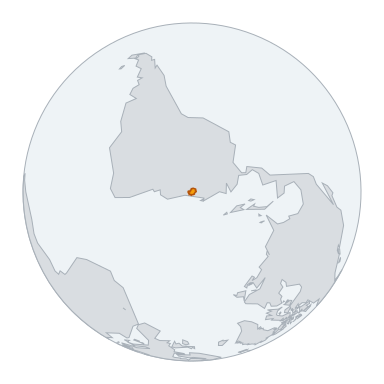 globe centered on Cuyuni-Mazaruni, rotated 151°
{"feature_id": "GUY-676", "entity_name": "Cuyuni-Mazaruni", "entity_type": "Region", "adm_level": 1, "iso_a3": "GUY", "parent_name": "Guyana", "parent_adm1": "", "projection": "orthographic", "projection_center": [-59.812, 6.174], "detail": "fine", "context": "on_globe", "style": "filled", "palette": "amber", "viewbox_px": 384, "rotation_deg": 151, "n_neighbors": 0, "source": "natural_earth", "source_scale": "10m", "svg_char_len": 9002}
<svg xmlns="http://www.w3.org/2000/svg" viewBox="0 0 384 384"><g transform="rotate(151 192 192)"><circle cx="192" cy="192" r="169" fill="#eef3f6" stroke="#a8b0b8"/><path d="M101.0,49.6L102.3,48.9L105.5,47.0L105.9,46.7L117.9,40.2L118.7,39.8L121.3,38.5L121.5,38.5L125.3,36.8L125.1,36.9L130.1,34.8L133.0,33.7L138.4,32.1L132.8,36.8L139.5,35.9L142.9,41.5L146.0,39.9L149.3,41.8L154.1,40.9L153.4,42.7L157.9,40.5L157.6,39.0L159.5,37.7L162.4,37.2L161.9,39.2L160.4,39.8L161.8,40.1L160.3,41.5L162.6,40.5L161.7,43.4L166.8,39.9L169.6,41.7L167.8,43.8L162.6,44.4L145.5,52.5L142.2,55.8L142.7,59.3L155.1,63.7L153.6,67.4L155.6,71.8L158.9,69.1L158.6,64.8L165.2,61.5L163.9,57.2L166.4,55.4L167.4,51.3L173.1,51.2L178.1,53.7L177.7,57.3L179.9,58.7L185.0,55.0L188.8,62.3L199.1,68.2L199.5,70.5L191.6,74.5L179.6,74.4L169.4,81.7L181.9,76.6L182.5,83.2L185.1,84.4L188.5,84.0L190.6,81.5L192.0,84.0L180.2,89.4L178.7,87.2L182.4,85.4L176.8,85.6L168.8,90.3L169.7,93.8L156.7,98.7L157.2,101.4L154.6,104.3L154.7,99.5L154.3,108.6L139.1,118.8L138.3,135.9L132.7,122.6L126.8,121.0L119.4,121.2L119.1,124.0L109.9,121.8L100.5,127.5L95.7,141.1L97.8,151.7L108.2,152.3L112.0,146.4L120.1,145.3L112.9,161.3L126.7,163.8L124.6,175.9L128.4,182.3L135.7,180.8L143.1,183.9L148.8,176.9L157.9,173.2L157.6,183.1L162.9,174.1L167.8,178.9L186.0,178.6L184.5,180.9L199.8,192.6L216.9,197.6L220.9,204.8L218.8,209.3L224.8,210.5L224.9,213.4L249.3,217.5L262.0,224.4L261.7,234.6L251.4,246.5L242.7,270.7L224.3,278.8L220.1,288.3L206.6,301.8L195.4,300.8L199.1,307.4L193.3,311.3L186.2,311.5L185.5,316.0L180.2,316.0L184.1,319.0L176.6,324.5L179.9,329.2L174.7,333.4L177.0,336.0L174.7,335.9L172.5,336.7L172.6,338.1L165.0,335.6L161.6,329.7L163.5,326.8L160.4,326.1L164.1,318.3L161.1,319.9L159.9,307.5L163.3,297.1L163.4,265.6L159.4,259.1L146.4,251.4L130.6,226.8L134.4,216.9L131.1,212.0L141.8,198.0L139.3,184.8L135.6,182.8L131.7,187.7L119.4,179.1L115.6,169.0L81.2,151.8L78.4,146.6L79.5,138.6L74.4,112.3L73.7,136.7L70.5,131.8L69.1,123.0L71.4,121.0L72.6,108.6L70.6,103.9L75.6,89.3L90.0,71.9L89.7,74.6L93.2,70.6L93.8,67.3L93.3,66.1L106.1,52.0L109.9,45.7L105.4,47.5L110.8,44.6L98.6,51.2L98.4,51.3L101.0,49.6ZM136.8,141.7L152.7,150.3L143.0,151.2L145.0,149.7L141.1,146.2L133.6,142.9L125.3,144.6L136.8,141.7ZM145.3,132.3L142.5,131.6L145.3,131.6L145.3,132.3ZM92.5,66.1L93.4,67.5L91.7,71.5L90.5,70.5L92.5,66.1ZM96.5,59.4L97.9,59.2L93.8,62.9L94.3,61.8L96.5,59.4ZM101.4,49.6L101.5,49.8L100.3,50.3L101.4,49.6ZM164.2,51.6L165.7,51.5L164.7,52.3L164.2,51.6ZM163.1,50.1L160.8,51.3L160.0,50.7L161.4,50.0L163.1,50.1ZM166.1,48.9L158.8,49.7L157.3,48.8L161.5,45.6L166.1,48.9ZM156.3,38.8L156.7,40.3L153.8,39.7L156.3,38.8ZM154.0,38.8L142.3,39.6L143.2,37.5L146.9,37.5L145.9,35.6L152.1,34.1L154.0,34.8L152.2,36.4L156.0,34.7L154.0,38.8ZM160.1,37.1L157.6,37.3L158.2,35.5L163.2,34.8L161.4,35.5L160.1,37.1ZM142.6,35.9L143.9,34.7L149.3,33.0L150.5,32.4L152.3,33.9L142.6,35.9ZM162.7,35.7L165.7,34.5L168.0,35.0L162.5,36.8L162.7,35.7ZM156.2,35.3L156.7,34.5L158.1,34.7L156.2,35.3ZM177.9,36.7L174.9,36.6L175.0,35.5L177.9,36.7ZM166.7,34.0L165.9,33.9L165.6,33.6L168.0,33.0L166.7,34.0ZM156.0,32.8L157.9,32.5L155.5,32.0L159.4,31.1L159.9,32.4L161.3,31.4L162.5,31.1L161.6,32.6L156.0,32.8ZM169.4,31.4L171.4,33.2L176.8,33.4L177.0,34.2L168.2,33.9L169.4,31.4ZM164.9,31.9L167.7,31.8L166.4,32.7L163.7,33.4L164.9,31.9ZM161.9,30.1L155.8,31.2L155.9,30.9L161.9,30.1ZM171.3,31.3L170.8,30.9L171.8,31.1L171.3,31.3ZM165.1,30.1L162.9,30.5L163.1,30.1L165.1,30.1ZM171.6,29.9L172.2,30.4L170.4,30.8L171.6,29.9ZM168.8,29.8L169.6,29.3L169.3,30.7L167.8,30.0L168.8,29.8ZM165.6,29.7L165.0,29.7L166.5,29.6L165.6,29.7ZM178.2,28.3L178.3,29.9L174.2,30.7L174.7,29.0L178.2,28.3ZM178.2,340.8L165.8,336.5L172.6,338.5L176.3,336.4L183.1,339.6L178.2,340.8ZM189.5,335.3L194.3,334.1L195.8,334.8L192.7,335.9L189.5,335.3ZM327.0,90.5L327.4,92.4L322.1,86.2L317.3,78.8L317.1,78.4L327.0,90.5ZM307.0,68.3L308.4,69.6L310.6,71.6L312.5,73.7L310.7,72.0L309.0,70.3L308.1,69.9L316.3,78.9L319.4,82.0L319.8,85.3L325.0,90.9L326.8,94.3L318.7,86.1L315.9,82.7L304.7,75.4L307.7,79.1L318.4,86.5L317.1,86.2L321.2,92.1L317.1,87.5L304.5,79.3L301.9,83.3L306.5,99.5L303.3,101.9L296.9,100.4L287.2,85.8L295.5,82.1L292.2,77.7L283.6,72.7L286.9,72.2L284.4,70.0L286.9,68.7L283.6,62.4L285.1,61.0L277.3,54.6L277.0,53.2L281.7,57.2L285.7,59.6L288.6,57.3L287.3,55.7L282.0,51.9L283.4,52.1L277.9,48.8L276.4,46.7L273.6,46.9L267.3,43.3L262.9,40.3L260.3,39.3L267.6,44.4L270.9,46.6L274.6,48.2L283.3,55.1L283.7,56.9L272.7,50.4L272.1,52.6L263.8,47.4L249.2,35.5L246.5,33.2L255.6,35.5L260.0,37.5L258.9,37.4L265.9,40.3L262.5,38.7L263.7,39.1L258.0,36.5L258.6,36.7L252.1,34.1L264.1,39.2L275.7,45.2L286.7,52.1L297.2,59.8L307.0,68.3ZM340.6,111.6L338.4,107.8L340.8,112.0L346.2,123.0L350.8,134.4L354.6,146.0L357.5,157.9L359.5,170.0L360.7,182.1L360.9,194.4L360.3,206.6L358.8,218.7L356.5,230.7L353.2,242.5L349.1,254.1L344.2,265.3L338.5,276.1L332.1,286.5L331.8,287.0L328.9,289.3L332.7,283.4L337.3,272.7L345.4,245.7L350.4,232.1L351.8,222.2L349.3,201.9L350.1,189.3L348.5,184.7L345.6,187.0L343.1,181.5L341.0,182.0L324.5,190.4L316.9,184.0L301.7,162.3L302.9,152.3L298.6,141.7L302.8,102.5L308.7,103.2L317.7,95.2L319.7,95.9L324.1,103.7L335.2,110.4L332.3,103.2L337.0,106.2L336.6,104.6L335.7,103.1L340.6,111.6ZM307.2,121.0L308.5,124.1L307.2,121.0ZM186.6,178.5L188.7,180.4L185.8,180.4L186.6,178.5ZM141.4,155.2L144.9,155.5L146.6,157.0L143.9,157.4L141.4,155.2ZM171.7,155.7L175.8,156.6L171.4,157.4L171.7,155.7ZM155.2,151.4L168.3,155.4L159.6,158.2L151.4,155.8L157.3,155.0L155.2,151.4ZM143.0,137.8L145.1,138.5L144.3,140.3L143.0,137.8ZM147.4,132.3L146.5,132.5L145.6,131.0L147.4,132.3ZM183.2,82.9L184.2,82.5L187.5,82.8L185.7,83.8L183.2,82.9ZM203.7,78.1L205.6,82.2L203.0,79.8L200.9,81.8L192.8,79.5L199.2,71.5L197.7,75.4L203.7,78.1ZM183.7,75.1L188.2,76.9L183.1,75.2L183.7,75.1ZM268.4,60.5L271.4,61.3L273.7,64.0L271.8,67.2L268.4,63.2L268.4,60.5ZM275.2,62.0L264.8,55.5L265.6,53.7L266.9,55.7L268.5,55.2L271.0,58.4L281.9,63.6L284.7,66.4L279.6,69.9L279.7,66.9L276.7,66.1L275.2,62.0ZM237.0,46.7L232.5,45.1L240.0,43.1L243.3,44.9L241.6,47.8L236.7,47.4L237.0,46.7ZM174.8,43.6L172.6,44.0L172.7,43.3L174.7,42.4L174.8,43.6ZM176.5,36.7L184.5,41.4L182.4,42.0L189.6,44.7L186.9,47.4L182.3,45.5L185.6,49.9L180.3,49.3L183.2,52.3L173.3,47.7L168.7,47.7L174.8,46.5L177.5,43.9L177.3,42.8L173.2,39.8L164.6,39.1L165.9,36.8L169.1,35.4L171.3,35.2L169.8,36.7L173.9,35.4L173.4,37.4L176.5,36.7ZM205.5,27.2L202.7,27.8L210.9,27.8L210.4,28.9L211.4,28.8L213.2,30.0L217.1,31.4L216.1,31.9L218.1,32.3L219.3,33.2L221.7,34.0L220.7,35.3L223.5,36.5L221.4,36.5L226.5,38.2L222.3,37.5L223.5,39.1L226.9,38.9L216.0,46.3L214.7,50.7L215.8,55.1L208.5,54.0L202.7,49.5L198.7,44.2L201.0,40.4L197.3,40.9L197.3,39.3L200.2,39.6L195.7,38.3L196.5,37.1L192.9,33.9L185.8,33.3L184.4,32.3L187.5,32.0L183.8,31.3L188.8,30.2L187.9,29.6L191.8,28.2L198.5,28.3L196.9,27.7L199.8,26.9L205.5,27.2ZM179.5,27.9L187.5,27.3L191.2,27.7L182.8,30.1L183.0,30.9L177.7,32.9L172.4,32.4L174.4,31.8L175.1,31.1L176.5,31.5L175.9,30.7L178.7,30.0L179.0,29.2L181.5,29.1L179.5,27.9ZM318.7,92.6L319.6,92.6L320.4,91.7L322.9,95.6L318.7,92.6ZM310.3,87.1L310.7,86.2L314.7,90.8L313.7,91.1L310.3,87.1ZM307.5,82.1L310.4,85.8L308.2,84.0L307.5,82.1ZM281.7,56.5L281.7,55.7L283.0,56.5L284.6,58.0L281.7,56.5ZM229.6,29.4L227.4,29.2L226.6,28.9L220.6,27.9L220.4,27.3L224.0,27.7L229.6,29.4ZM328.9,92.9L331.0,96.0L330.1,94.9L329.6,94.0L328.9,92.9ZM328.3,95.6L330.1,96.7L329.0,96.7L328.3,95.6ZM228.4,28.6L225.9,28.1L227.4,28.1L228.4,28.6ZM220.0,26.8L221.1,26.7L219.7,27.1L220.0,26.8ZM217.4,25.2L220.0,25.6L218.7,25.5L217.4,25.2Z" fill="#d9dde1" stroke="#a8b0b8" stroke-width="1"/><path d="M190.9,194.8L190.9,194.7L190.7,194.7L190.5,194.9L190.4,194.9L190.2,194.9L189.8,194.9L189.7,194.9L189.4,194.8L189.0,194.6L188.8,194.4L188.6,194.1L188.4,193.9L188.2,193.6L187.9,193.4L187.7,193.1L187.5,192.9L187.4,192.8L187.4,192.7L187.5,192.6L187.7,192.3L187.7,192.2L187.8,192.2L188.0,192.1L188.2,191.9L188.2,191.7L188.1,191.4L188.1,191.2L187.9,190.9L188.0,190.6L188.1,190.4L188.3,190.4L188.5,190.4L188.8,190.3L188.8,190.2L189.0,190.2L189.3,190.3L189.4,190.2L189.5,190.1L189.8,190.0L190.2,189.7L190.3,189.7L190.5,189.5L190.5,189.4L190.6,189.2L190.4,189.1L190.5,189.1L190.8,189.2L190.8,189.3L191.0,189.3L191.3,189.3L191.3,189.2L191.5,189.3L191.6,189.2L191.8,189.0L192.4,189.2L192.7,189.3L193.0,189.6L193.3,189.7L193.5,189.7L193.8,189.5L193.9,189.9L193.9,190.0L194.0,190.0L194.3,190.1L194.5,190.0L194.6,190.3L194.8,190.3L194.8,190.2L194.8,190.3L194.9,190.5L194.9,190.8L195.0,190.9L195.2,191.0L195.3,191.1L195.5,191.1L195.3,191.4L195.5,191.3L195.6,191.5L195.6,191.8L195.6,192.3L195.6,192.5L195.6,192.8L195.5,193.0L195.5,193.4L195.5,193.6L195.5,193.9L195.4,194.0L195.2,194.2L194.8,194.2L194.7,194.1L194.4,193.9L194.2,193.9L194.2,194.0L194.1,193.9L194.1,193.7L193.9,193.6L193.8,193.4L193.7,193.4L193.5,193.5L193.4,193.6L193.2,193.7L192.9,193.7L192.8,193.8L192.7,193.8L192.7,194.0L192.7,194.3L192.2,194.3L191.9,194.3L191.7,194.4L191.6,194.5L191.4,194.8L191.2,195.0L191.1,194.8L191.1,194.7L190.9,194.8Z" fill="#f59e0b" stroke="#b45309" stroke-width="1.5"/></g></svg>